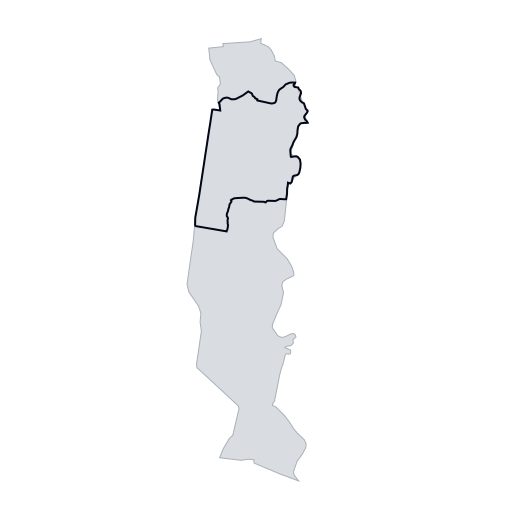 where Plateaux sits in Togo, rotated 189°
{"feature_id": "TGO-86", "entity_name": "Plateaux", "entity_type": "Region", "adm_level": 1, "iso_a3": "TGO", "parent_name": "Togo", "parent_adm1": "", "projection": "albers", "projection_center": [0.996, 7.453], "detail": "fine", "context": "in_parent", "style": "outline", "palette": "ink", "viewbox_px": 512, "rotation_deg": 189, "n_neighbors": 0, "source": "natural_earth", "source_scale": "10m", "svg_char_len": 4298}
<svg xmlns="http://www.w3.org/2000/svg" viewBox="0 0 512 512"><g transform="rotate(189 256 256)"><path d="M260.4,51.0L258.3,60.2L253.8,71.6L250.9,75.3L248.9,103.0L250.3,105.3L251.3,106.0L265.3,115.4L283.7,127.7L296.8,136.4L297.8,139.3L298.0,157.5L298.2,173.2L300.9,182.2L301.5,190.8L304.8,197.4L316.8,210.1L319.7,217.5L320.1,241.5L320.3,259.6L321.9,284.4L321.9,305.0L321.9,331.1L322.0,361.7L322.0,393.6L314.1,394.1L318.4,404.0L319.2,412.9L320.2,415.9L318.1,420.2L319.9,426.8L323.3,429.3L332.2,442.6L335.2,453.9L321.0,457.7L322.0,460.6L295.4,466.6L284.8,471.5L284.6,466.8L280.8,465.9L276.1,464.3L273.1,461.8L269.0,456.2L267.6,451.7L261.4,451.0L253.7,446.1L246.4,440.4L243.9,434.7L244.6,432.1L243.5,429.4L241.0,428.4L234.4,415.5L230.3,410.4L228.4,406.2L229.1,403.0L228.2,398.7L229.5,395.2L233.0,393.1L234.2,390.5L234.5,385.1L236.5,374.0L237.8,363.1L234.1,360.1L229.5,359.2L227.1,356.1L226.2,350.9L226.3,346.5L235.3,330.9L233.5,295.1L234.8,289.7L238.9,285.9L242.4,281.5L242.2,277.2L236.3,266.5L225.0,258.3L219.3,251.6L216.1,245.7L215.6,242.5L222.5,237.8L225.5,234.6L225.9,230.9L223.1,224.1L223.6,212.0L226.2,202.9L229.0,191.1L228.7,187.7L222.1,180.7L218.5,179.7L215.6,180.2L208.7,184.8L206.2,185.3L204.6,183.9L203.9,182.1L206.4,179.3L205.5,175.9L207.5,172.9L211.9,171.5L213.2,170.0L207.3,168.6L206.6,166.5L207.0,164.5L208.7,164.2L210.6,164.3L211.6,162.9L212.5,152.9L213.3,149.4L214.0,142.5L215.0,115.8L216.3,113.1L216.5,111.1L212.4,109.8L202.6,102.6L196.9,97.1L191.9,91.4L187.7,87.7L179.5,82.0L177.1,78.4L176.8,74.7L179.3,67.4L183.3,59.7L185.3,48.6L184.1,45.6L178.7,40.5L197.9,44.4L225.3,51.1L225.9,52.3L226.0,54.3L230.8,54.3L238.7,51.9L260.4,51.0Z" fill="#d9dde1" stroke="#a8b0b8" stroke-width="1"/><path d="M235.9,333.4L235.7,331.7L235.8,327.3L235.1,322.4L235.1,317.2L235.1,316.8L236.8,316.5L241.1,316.1L242.4,315.5L242.9,315.1L243.5,314.6L244.9,313.7L245.6,313.4L252.4,312.5L253.3,312.3L253.7,312.0L254.0,311.8L254.8,310.5L255.3,310.4L255.7,310.5L256.1,310.7L257.3,310.7L265.5,309.6L266.7,309.6L267.6,310.0L271.2,310.7L271.9,311.0L272.8,311.3L274.0,311.6L275.4,311.8L277.0,311.7L284.1,310.2L286.7,309.5L289.3,307.6L289.4,307.4L289.5,307.2L289.0,306.6L288.8,306.3L288.8,305.9L288.9,305.5L290.1,303.1L290.2,302.7L290.2,302.2L290.2,300.1L290.6,298.2L290.7,296.5L290.8,295.5L291.2,294.1L291.3,293.6L291.3,291.9L291.2,291.4L291.1,291.0L290.9,290.6L290.3,290.0L290.0,289.7L289.8,289.4L289.6,288.9L289.6,288.5L289.7,287.1L289.7,286.6L289.4,285.7L289.3,285.2L289.2,284.1L289.1,283.7L288.6,282.5L288.4,282.0L288.4,281.5L288.4,277.8L288.5,277.4L288.9,276.6L288.9,276.3L288.9,275.7L320.1,276.1L320.6,276.3L321.0,277.0L322.0,284.4L321.8,294.2L321.6,307.9L321.7,321.5L321.8,338.5L321.8,340.0L321.9,347.4L321.9,355.8L322.0,368.6L322.0,381.1L322.1,393.7L320.6,394.1L314.1,394.1L315.8,400.2L316.8,401.6L316.5,401.9L315.8,402.6L314.0,405.4L313.5,406.0L313.0,406.5L311.4,407.3L310.0,407.8L309.5,407.9L308.4,407.9L307.4,407.7L305.5,407.1L304.7,407.0L303.6,407.1L301.7,407.5L300.1,408.2L294.2,412.5L289.4,417.3L288.6,417.0L285.9,416.0L285.6,415.8L285.3,415.5L284.3,413.8L284.2,413.6L283.4,413.2L283.0,413.1L282.6,412.9L282.2,412.6L281.9,412.3L281.7,411.9L281.5,411.6L281.1,411.5L279.6,411.3L279.2,411.1L279.1,410.8L279.3,410.2L279.1,409.9L278.7,409.8L264.8,409.0L263.2,409.4L262.3,409.8L261.5,410.2L261.2,410.6L260.8,411.2L260.5,412.2L260.4,413.2L260.5,417.3L260.2,420.6L259.6,422.5L259.3,423.4L258.8,424.0L258.2,424.7L255.7,427.0L254.9,428.0L254.1,429.4L253.5,430.1L253.2,430.4L250.2,432.2L248.8,432.8L245.4,433.3L244.4,433.4L244.4,432.9L245.0,431.8L245.6,431.0L245.6,430.2L244.5,429.1L243.8,429.0L241.4,429.0L240.6,429.0L239.8,427.6L238.6,426.7L237.5,425.7L237.0,423.9L237.8,419.6L237.7,418.2L237.0,416.8L235.7,415.6L234.2,414.8L232.8,414.5L232.2,413.7L229.8,409.1L228.7,408.3L227.9,407.8L227.6,407.0L228.2,405.2L230.0,402.2L230.2,400.7L229.2,398.9L226.8,397.0L225.8,395.7L227.1,395.3L228.3,395.2L231.9,394.3L233.0,393.7L234.6,390.7L234.7,387.0L234.3,383.2L234.6,379.8L236.7,374.6L237.5,370.7L238.6,367.5L238.7,365.7L237.3,360.0L236.8,359.3L233.6,360.4L232.0,360.8L230.4,360.5L227.7,358.2L226.4,354.4L226.0,350.1L226.3,345.2L226.6,344.1L227.1,343.2L228.0,342.4L229.1,341.9L230.5,341.5L231.6,340.9L232.1,339.7L232.1,337.4L232.3,334.7L233.4,333.0L235.9,333.4Z" fill="none" stroke="#020617" stroke-width="2"/></g></svg>